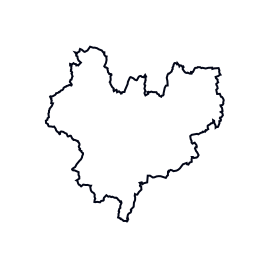 the district of Loikaw, Kayah, Myanmar, rotated 201°
{"feature_id": "60261553B25125997749826", "entity_name": "Loikaw", "entity_type": "district", "adm_level": 2, "iso_a3": "MMR", "parent_name": "Myanmar", "parent_adm1": "Kayah", "projection": "robinson", "projection_center": [97.339, 19.508], "detail": "fine", "context": "isolated", "style": "outline", "palette": "ink", "viewbox_px": 256, "rotation_deg": 201, "n_neighbors": 0, "source": "geoboundaries", "source_scale": "gbopen_adm2", "svg_char_len": 5834}
<svg xmlns="http://www.w3.org/2000/svg" viewBox="0 0 256 256"><g transform="rotate(201 128 128)"><path d="M204.5,179.6L203.2,178.8L202.4,178.7L202.6,177.6L202.2,176.9L200.8,176.7L200.0,175.0L198.4,173.3L195.4,172.2L196.9,168.6L197.5,168.8L198.7,167.9L199.6,169.0L200.9,168.6L202.1,169.0L203.0,167.3L205.0,167.1L204.4,165.6L203.7,165.8L202.9,165.5L202.7,164.1L202.0,162.8L202.2,162.1L201.7,160.6L200.9,160.6L200.0,159.7L200.0,159.2L200.3,158.7L198.2,156.3L198.4,155.7L198.1,153.0L198.9,152.4L198.7,151.6L199.0,150.8L198.7,150.1L196.4,148.7L196.0,148.2L196.1,147.4L198.3,147.1L199.2,146.0L200.5,145.1L200.5,144.6L201.9,143.4L202.5,142.3L202.4,141.1L202.8,140.0L204.2,138.8L204.6,137.4L205.3,137.0L205.2,136.6L206.1,135.7L207.6,134.6L207.5,133.8L208.0,132.6L210.1,130.2L211.8,129.8L212.0,129.3L210.8,128.2L210.0,127.9L209.9,126.9L209.1,126.5L208.6,123.7L206.9,124.1L207.0,121.2L208.1,117.9L207.8,117.1L208.0,115.9L207.3,114.1L207.5,113.0L205.7,109.7L206.6,108.2L206.2,106.8L207.3,105.4L206.3,103.3L204.1,102.9L203.3,101.6L202.2,101.2L200.6,101.8L198.4,102.2L197.5,102.9L195.4,101.5L194.2,100.0L192.5,99.1L191.2,99.0L190.7,98.3L189.7,97.7L189.3,98.1L189.7,99.1L189.7,100.1L189.2,100.8L187.0,101.2L185.1,100.7L183.3,100.7L181.3,98.6L180.7,98.7L179.3,100.1L178.5,100.2L176.1,98.0L175.5,98.0L174.6,97.3L173.6,97.8L170.7,97.8L170.8,97.6L169.9,97.5L169.3,96.9L168.8,96.9L167.5,95.6L167.2,94.5L167.4,93.2L166.6,92.1L165.3,91.5L165.2,90.9L165.5,90.3L164.1,89.7L163.3,89.9L162.5,88.7L161.0,88.4L160.6,87.4L160.7,85.2L160.4,84.1L160.7,81.8L161.5,80.1L163.0,75.6L163.3,72.7L164.7,70.9L165.4,69.6L165.3,69.2L164.0,68.8L162.8,69.3L158.3,69.1L157.4,66.5L156.1,65.3L155.3,63.3L157.3,60.6L156.2,60.5L154.9,58.6L153.6,57.5L152.3,57.5L151.1,56.7L150.8,56.7L149.5,59.1L147.1,59.6L145.2,60.4L142.7,60.5L141.9,60.8L142.0,59.2L140.3,56.5L139.0,55.5L136.6,55.0L135.2,53.9L134.6,51.8L133.2,50.2L133.4,49.3L132.9,46.9L132.1,47.0L130.3,48.0L127.5,48.6L126.9,50.3L125.0,51.4L124.8,52.3L125.3,53.0L125.4,54.3L124.1,57.5L121.8,56.8L120.6,57.7L118.9,57.5L118.1,58.2L115.4,58.1L114.2,58.7L113.8,58.4L113.0,58.6L111.2,57.4L109.3,56.9L109.1,56.2L108.6,56.1L108.0,56.8L107.2,55.7L107.4,53.2L107.1,51.8L106.5,50.7L107.1,49.6L106.9,47.0L106.3,46.8L106.1,46.1L106.1,44.4L105.4,42.8L105.2,40.9L102.4,40.9L102.2,40.3L100.3,40.4L98.9,39.6L96.3,40.6L95.5,40.4L95.1,41.4L96.3,43.1L95.5,43.3L96.7,45.0L97.0,47.0L96.7,48.3L95.2,50.2L95.3,52.0L95.9,52.3L96.1,52.8L94.5,56.5L95.8,60.8L95.6,61.4L95.6,63.4L96.5,65.9L97.4,67.0L97.8,68.8L96.8,68.6L95.4,69.2L94.9,72.1L93.4,75.3L94.8,78.2L95.8,78.0L96.3,78.7L95.9,80.1L97.4,81.0L95.7,82.2L94.2,81.0L93.6,82.0L90.6,84.1L92.5,90.6L90.4,91.4L87.1,90.7L85.7,91.4L83.9,93.1L82.0,94.1L80.2,94.7L74.8,95.0L74.4,97.2L73.8,98.1L75.0,101.6L74.8,102.4L74.1,102.1L74.0,103.0L73.3,104.1L71.8,104.3L70.1,104.0L67.4,105.6L66.1,107.1L65.1,108.9L63.7,113.8L60.7,116.4L59.9,115.3L58.5,115.5L58.1,117.7L56.4,119.3L57.4,121.5L57.6,123.3L58.0,123.8L56.9,124.2L55.8,123.6L53.3,125.0L52.6,126.3L52.4,128.0L54.9,130.2L56.1,130.8L58.2,133.0L58.0,134.3L57.0,134.6L57.1,135.3L58.0,136.6L60.5,138.2L62.2,136.5L63.5,137.2L64.0,138.7L65.5,140.1L67.0,142.7L66.0,144.5L61.4,147.3L60.1,147.3L58.5,149.4L57.2,150.4L57.0,151.2L56.4,151.1L55.3,152.3L54.8,152.2L54.7,153.8L53.9,153.8L53.5,154.9L52.7,155.7L54.0,157.4L54.4,158.8L52.7,160.9L52.1,162.2L51.4,162.4L50.9,163.1L50.7,164.7L51.3,165.8L50.2,165.6L49.2,163.5L47.1,161.7L46.3,159.7L45.9,160.4L44.4,161.3L44.3,165.2L45.2,167.1L44.1,167.8L44.1,168.9L45.8,170.2L45.7,170.9L44.7,171.3L44.0,173.9L45.2,175.7L47.1,176.2L45.8,177.7L47.4,180.4L49.5,181.8L49.8,182.3L48.0,183.4L47.7,184.9L48.3,186.0L48.6,188.3L49.8,189.6L51.3,190.6L52.4,190.5L54.5,192.8L57.0,191.7L59.3,195.3L58.5,197.1L59.7,199.0L60.8,199.8L61.4,200.7L60.2,203.0L61.2,203.9L61.7,205.3L63.7,206.0L64.5,207.1L62.4,208.8L61.4,210.5L60.8,210.9L62.3,212.0L63.2,213.5L63.3,214.5L64.9,216.4L68.8,214.6L70.4,213.4L71.0,214.5L74.5,213.0L76.8,211.4L80.0,210.9L81.0,210.2L82.3,210.6L84.7,209.8L85.1,209.0L86.8,208.2L87.1,207.3L87.4,203.7L88.3,203.3L88.1,202.3L89.1,202.5L88.7,201.3L89.4,201.1L89.5,201.5L90.2,200.9L92.1,201.1L92.6,200.5L94.2,200.3L95.6,200.9L98.0,202.5L98.3,203.5L97.9,204.7L98.5,205.3L99.2,204.6L100.4,205.4L101.7,205.2L102.1,204.0L102.8,204.9L104.9,206.1L104.7,205.5L105.0,205.0L106.2,205.7L107.5,205.5L107.9,205.1L108.1,203.4L107.8,201.8L108.1,200.3L107.4,199.1L107.7,197.8L107.5,196.4L109.1,193.5L109.8,193.3L110.1,191.9L109.8,188.7L108.1,186.1L106.2,181.9L107.7,181.2L107.9,180.4L108.1,178.6L107.2,173.0L106.7,171.9L106.9,171.0L108.0,170.3L108.2,169.1L110.5,169.4L111.2,170.4L112.9,170.4L114.3,171.6L117.7,170.4L119.3,170.3L120.8,169.0L121.9,169.1L122.6,168.5L121.9,168.0L121.4,167.1L123.4,164.7L124.8,166.0L124.8,165.7L125.2,167.0L125.0,168.8L126.8,170.7L127.2,174.0L128.2,174.4L128.6,175.7L128.4,177.2L128.8,178.0L128.6,178.7L130.0,181.8L129.5,182.4L131.0,183.7L131.6,181.0L133.3,180.7L134.7,181.2L135.9,180.4L136.4,179.3L136.8,176.0L137.2,175.6L139.2,175.6L140.6,176.3L143.7,176.5L144.3,175.8L144.6,171.1L144.1,168.8L144.4,162.3L144.2,160.4L146.2,159.4L146.3,158.0L146.8,157.7L147.1,158.4L147.6,158.2L148.0,158.6L148.9,158.6L149.6,159.0L151.0,157.5L152.2,159.4L152.6,159.5L154.4,157.3L155.2,158.3L155.3,159.5L155.6,159.8L157.5,160.6L160.3,163.0L161.0,164.3L161.5,164.4L161.3,166.0L161.7,167.5L162.8,169.6L162.9,170.4L162.4,171.5L162.8,172.2L163.4,172.3L164.8,171.7L165.0,172.1L166.6,172.9L167.4,174.4L168.1,175.1L168.3,176.3L169.3,176.6L169.8,176.5L170.0,176.7L171.1,176.5L172.3,177.1L171.9,180.8L172.4,183.9L173.4,185.9L173.6,187.1L174.6,186.9L176.0,187.6L176.9,188.5L176.7,188.9L177.2,190.2L178.3,189.8L180.3,191.0L183.5,191.0L185.4,191.4L187.9,191.1L189.2,190.5L192.5,190.3L193.6,185.9L195.6,183.6L196.2,183.5L199.2,184.5L201.1,184.6L201.1,183.4L200.7,182.1L202.6,179.8L204.5,179.6Z" fill="none" stroke="#020617" stroke-width="2"/></g></svg>